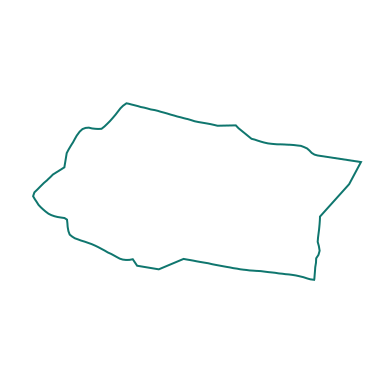 the district of Hayran, Hajjah, Yemen, rotated 201°
{"feature_id": "15242507B87254411475969", "entity_name": "Hayran", "entity_type": "district", "adm_level": 2, "iso_a3": "YEM", "parent_name": "Yemen", "parent_adm1": "Hajjah", "projection": "equal_earth", "projection_center": [43.07, 16.255], "detail": "fine", "context": "isolated", "style": "outline", "palette": "teal", "viewbox_px": 384, "rotation_deg": 201, "n_neighbors": 0, "source": "geoboundaries", "source_scale": "gbopen_adm2", "svg_char_len": 2418}
<svg xmlns="http://www.w3.org/2000/svg" viewBox="0 0 384 384"><g transform="rotate(201 192 192)"><path d="M46.5,153.8L46.6,154.6L47.7,158.3L48.9,162.4L50.0,166.0L50.9,170.4L52.3,174.6L51.4,178.6L51.8,182.9L54.2,187.0L56.8,190.5L58.0,194.6L58.9,198.3L59.9,202.4L61.2,207.1L62.4,211.1L63.1,213.2L63.7,214.9L48.1,255.6L45.0,280.5L87.9,271.1L91.1,270.8L94.3,271.4L97.2,272.8L100.2,273.9L103.6,274.1L106.9,274.1L109.9,273.3L113.9,272.3L117.2,271.3L120.1,270.3L123.0,269.4L126.5,268.2L130.0,266.9L134.6,265.6L138.5,264.6L142.6,264.0L145.9,263.7L147.8,263.6L149.0,263.5L152.2,263.4L155.5,263.0L171.4,268.2L175.0,269.9L186.3,265.3L191.9,263.0L195.0,262.6L199.1,262.0L202.8,261.3L206.8,260.5L211.2,259.6L214.9,259.0L218.7,258.8L222.5,258.5L223.5,258.3L225.9,258.0L229.1,257.7L232.8,257.2L235.9,257.0L239.7,256.6L243.1,256.4L246.4,256.1L249.9,255.7L253.1,255.5L256.2,255.1L260.1,254.3L263.5,254.0L267.0,253.6L270.2,253.0L273.2,252.8L276.6,252.4L277.5,252.3L279.8,252.0L282.8,251.7L285.0,251.3L285.3,250.8L287.3,247.8L288.8,244.5L290.0,240.5L291.1,236.8L292.5,232.8L294.0,228.8L295.6,225.2L297.2,221.8L299.1,218.6L302.0,217.3L305.1,216.3L308.2,215.5L311.4,215.1L314.3,213.7L316.8,211.5L318.5,208.1L319.8,203.4L320.4,199.5L320.9,195.6L321.3,193.8L321.7,191.7L322.4,187.6L322.9,183.4L320.0,169.3L328.1,158.5L329.5,155.3L331.2,151.8L331.4,151.2L333.4,147.6L335.6,142.7L337.2,139.0L339.0,135.2L338.9,132.5L338.8,131.1L336.2,129.0L333.5,127.1L330.7,125.0L327.8,123.6L324.8,122.4L321.7,121.3L318.2,120.3L315.1,120.0L311.7,120.1L308.5,120.5L305.2,121.2L301.7,122.0L298.8,121.4L297.1,118.1L295.7,115.1L295.3,114.4L293.3,111.1L290.9,108.4L287.8,107.4L284.7,106.8L281.4,106.9L278.4,106.9L275.5,107.1L274.3,107.2L270.1,107.3L267.1,107.4L263.0,107.2L259.6,106.9L256.4,106.5L252.4,106.0L248.9,105.4L245.2,105.2L242.2,104.8L238.7,104.3L235.5,103.9L232.4,104.1L229.3,104.9L226.1,106.2L223.2,108.0L216.8,103.5L195.3,107.9L176.1,126.3L175.9,126.5L172.7,127.1L169.3,127.8L166.2,128.4L162.6,129.0L159.0,129.7L155.1,130.5L151.3,131.3L147.4,131.8L144.0,132.4L139.7,133.2L136.5,133.8L132.8,134.5L129.4,135.2L126.2,135.7L122.4,136.6L119.4,137.1L116.2,137.9L113.3,138.7L110.2,139.4L106.4,140.6L102.7,141.7L102.2,141.9L99.4,142.8L95.6,143.7L91.9,144.6L88.7,145.5L85.3,146.4L81.8,147.1L78.3,148.1L75.2,148.8L71.9,149.8L68.5,150.6L65.2,151.3L61.9,151.8L57.5,152.4L53.2,152.6L50.2,152.9L46.5,153.8Z" fill="none" stroke="#0f766e" stroke-width="2"/></g></svg>